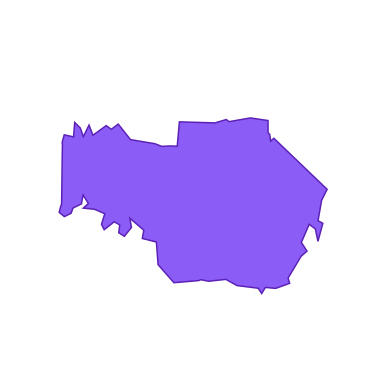 outline of Knox, Tennessee, United States of America, rotated 42°
{"feature_id": "52423323B15791543684025", "entity_name": "Knox", "entity_type": "district", "adm_level": 2, "iso_a3": "USA", "parent_name": "United States of America", "parent_adm1": "Tennessee", "projection": "mercator", "projection_center": [-83.983, 35.991], "detail": "fine", "context": "isolated", "style": "filled", "palette": "violet", "viewbox_px": 384, "rotation_deg": 42, "n_neighbors": 0, "source": "geoboundaries", "source_scale": "gbopen_adm2", "svg_char_len": 1072}
<svg xmlns="http://www.w3.org/2000/svg" viewBox="0 0 384 384"><g transform="rotate(42 192 192)"><path d="M200.7,88.0L185.8,97.9L172.5,114.9L169.0,115.2L162.8,125.3L135.7,148.3L150.4,167.9L145.5,171.9L139.0,178.3L132.0,181.0L111.3,194.2L91.7,190.9L90.1,199.4L83.8,200.1L80.4,216.1L70.7,211.2L74.2,223.5L66.2,219.2L58.3,218.8L67.1,230.3L58.8,235.0L62.3,242.0L64.2,243.7L72.1,252.8L91.6,275.0L103.3,288.4L104.1,290.7L106.9,296.0L113.6,295.7L116.4,288.7L114.3,283.6L117.8,274.8L113.0,267.1L122.7,269.9L122.0,276.7L131.3,270.0L141.7,266.5L146.4,276.6L152.0,278.8L154.1,266.2L160.3,264.8L164.8,271.3L171.4,270.2L170.7,258.8L163.4,253.1L181.7,252.6L186.2,259.8L199.0,253.0L215.4,268.7L239.3,271.5L256.3,253.3L257.2,251.3L264.1,247.2L275.6,234.3L288.1,231.4L305.6,219.2L311.7,220.8L310.4,213.8L318.7,207.6L325.7,194.5L321.0,191.7L316.1,166.8L317.0,159.0L307.0,156.3L300.7,137.6L308.4,136.9L318.6,144.4L310.2,127.7L304.9,129.0L293.9,111.5L290.6,99.6L267.2,98.9L216.9,97.3L216.4,101.6L211.1,97.1L208.9,97.1L200.7,88.0Z" fill="#8b5cf6" stroke="#5b21b6" stroke-width="1.5"/></g></svg>